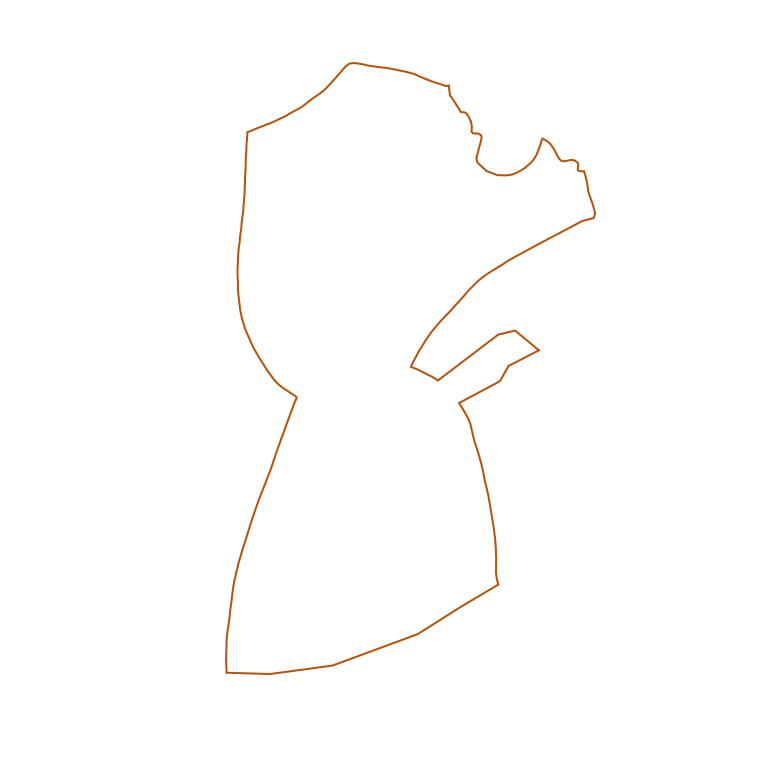 the district of Al Quraishyah, Al Bayda', Yemen, rotated 190°
{"feature_id": "15242507B46472407161282", "entity_name": "Al Quraishyah", "entity_type": "district", "adm_level": 2, "iso_a3": "YEM", "parent_name": "Yemen", "parent_adm1": "Al Bayda'", "projection": "robinson", "projection_center": [44.898, 14.605], "detail": "fine", "context": "isolated", "style": "outline", "palette": "amber", "viewbox_px": 768, "rotation_deg": 190, "n_neighbors": 0, "source": "geoboundaries", "source_scale": "gbopen_adm2", "svg_char_len": 6131}
<svg xmlns="http://www.w3.org/2000/svg" viewBox="0 0 768 768"><g transform="rotate(190 384 384)"><path d="M460.2,695.2L463.9,695.1L466.6,695.1L468.1,695.0L468.1,694.9L468.8,694.9L471.3,694.3L473.5,693.6L475.4,691.7L477.1,689.9L478.5,687.6L480.0,685.0L481.3,682.7L483.2,679.7L484.5,677.5L486.0,675.2L487.4,672.9L488.9,670.5L490.6,667.9L492.1,665.5L493.6,663.5L495.2,661.5L497.2,659.4L499.0,657.6L500.9,655.6L503.0,653.7L505.2,651.4L507.0,649.5L508.6,647.6L510.7,645.2L512.3,643.5L514.4,641.5L516.4,639.9L518.6,638.2L523.3,634.4L525.2,632.8L527.0,631.1L529.1,629.6L531.2,628.1L533.6,626.4L536.3,624.5L541.0,621.3L543.7,619.7L546.1,618.3L548.7,616.6L551.2,615.2L553.3,613.9L555.5,612.5L557.7,611.0L561.0,609.0L562.3,608.4L561.9,606.1L561.7,603.3L561.3,600.1L561.1,597.2L560.8,594.2L560.3,591.5L560.1,589.0L559.7,586.2L559.5,583.4L558.6,577.9L558.2,575.2L557.8,572.5L557.5,569.9L557.1,567.2L556.9,564.2L556.3,561.5L555.0,551.2L554.5,548.4L554.2,545.2L553.8,541.6L553.4,535.9L553.0,532.9L552.7,530.3L552.5,526.4L552.5,523.5L552.2,518.3L551.5,511.6L551.5,508.9L551.3,502.8L550.9,500.2L550.6,491.7L550.3,488.7L550.0,485.4L549.4,481.2L549.2,479.2L548.8,476.6L548.5,474.4L548.5,474.0L548.0,470.9L547.5,467.9L547.0,465.0L545.8,460.0L545.2,457.2L544.7,454.1L544.1,451.1L543.3,448.1L542.6,445.6L541.7,442.8L540.9,439.9L540.0,436.9L539.2,434.4L538.4,431.9L537.3,428.8L536.2,426.1L535.1,423.6L534.0,421.4L532.8,419.1L531.5,416.6L530.4,414.3L527.3,409.5L525.7,407.2L524.1,404.7L522.4,402.1L520.9,400.0L519.5,397.9L517.4,395.3L515.3,392.7L511.5,388.3L509.7,386.3L508.8,385.4L507.3,383.6L505.3,381.5L504.1,380.0L503.5,379.3L502.2,378.0L500.1,375.8L498.1,374.0L494.1,370.1L492.1,368.4L490.2,366.9L488.1,365.6L486.2,364.3L483.9,363.1L481.8,362.2L476.6,359.9L474.3,358.9L471.8,357.8L469.2,356.7L467.6,355.6L467.8,354.7L468.0,353.3L468.3,352.4L468.7,350.9L469.4,347.5L469.5,346.6L469.8,345.3L470.3,342.6L470.8,339.5L471.4,336.5L471.9,333.4L472.4,330.7L473.6,324.0L474.6,317.9L475.1,315.4L475.7,312.8L476.1,309.8L476.1,309.6L476.6,306.7L477.0,304.5L477.2,303.7L477.7,300.0L478.3,296.8L478.6,294.5L479.1,291.1L479.7,287.4L480.0,284.8L481.2,277.8L482.5,271.7L483.0,268.8L483.5,265.9L484.1,263.3L484.7,260.4L485.3,257.2L485.6,256.1L485.7,255.4L486.0,254.5L486.5,251.5L486.7,250.8L487.5,246.2L488.1,242.6L488.7,239.0L489.1,236.2L489.6,233.0L490.1,230.0L490.5,227.2L491.0,224.0L491.4,220.9L492.2,214.2L492.5,211.6L493.3,205.7L493.7,202.8L494.5,197.1L495.0,193.4L495.2,190.4L495.6,187.3L495.9,184.5L496.3,181.5L496.3,178.8L496.5,176.3L496.8,173.4L496.9,170.8L496.9,167.9L497.2,164.4L497.2,159.1L497.0,152.2L496.8,149.0L496.6,145.8L496.4,142.2L496.2,135.2L495.7,128.7L495.4,122.8L495.3,120.0L495.2,117.1L495.2,114.5L495.1,111.7L494.8,108.7L494.6,105.7L494.2,102.3L493.7,99.2L492.8,93.1L492.4,90.3L492.0,87.7L491.5,84.2L490.8,80.9L490.1,78.0L489.4,75.0L489.1,72.3L445.8,78.6L385.8,97.8L307.3,143.6L269.1,178.4L236.5,206.4L236.7,206.9L238.1,209.4L239.3,212.2L240.1,214.9L240.9,217.3L241.4,220.3L241.8,222.9L242.3,225.6L242.8,228.5L243.2,231.3L243.7,233.9L244.4,236.8L244.9,239.5L245.5,242.2L246.3,245.4L247.0,248.1L247.8,251.2L248.6,253.7L250.4,259.4L251.1,261.8L252.2,264.9L253.1,267.5L254.0,270.1L254.9,272.5L255.7,275.0L256.8,277.9L257.6,280.5L258.6,283.2L259.6,286.0L261.5,291.1L262.4,293.5L264.7,298.9L265.8,301.4L266.9,303.9L267.9,306.2L268.9,308.6L269.8,311.2L271.9,316.7L272.9,319.0L274.0,321.6L275.1,323.9L276.4,326.6L277.6,329.1L278.7,331.3L280.0,333.9L281.2,336.4L282.6,339.0L284.7,342.7L285.1,343.6L286.3,346.2L287.4,348.8L288.6,351.5L290.7,356.5L291.4,358.1L291.7,358.9L292.9,361.1L294.2,363.3L295.9,365.5L297.5,367.6L299.5,370.0L301.4,372.3L303.4,374.6L305.1,376.4L306.8,378.3L272.3,405.3L270.1,407.5L264.6,423.3L237.3,444.1L264.3,459.4L280.2,452.4L296.4,434.8L331.5,396.8L332.1,397.1L334.7,398.2L337.2,399.2L339.8,400.0L342.9,400.9L347.9,402.5L350.3,403.2L352.5,403.8L354.8,404.4L357.7,405.0L360.0,405.4L360.5,405.6L360.4,406.0L359.7,408.8L358.9,411.5L357.9,414.6L357.0,417.1L356.2,419.8L355.3,422.4L353.3,427.3L352.2,430.0L351.2,432.8L350.0,435.4L348.8,438.3L347.5,441.0L346.2,443.6L344.7,446.3L343.2,449.0L341.8,451.4L338.9,456.3L337.2,458.6L335.8,460.8L332.8,465.2L331.2,467.7L329.8,470.0L328.0,472.9L326.0,476.0L325.0,477.4L323.8,479.5L322.2,482.0L320.5,484.8L319.0,487.2L317.4,490.0L316.1,492.1L314.5,494.4L311.1,499.3L309.6,501.3L308.0,503.3L306.2,505.4L304.3,507.3L302.0,509.7L299.6,512.0L297.1,514.3L294.9,516.1L292.7,518.2L290.6,520.0L288.1,522.1L286.2,524.1L284.4,525.8L282.6,527.5L280.7,529.0L278.8,530.5L278.3,531.0L254.6,549.8L217.1,578.9L206.3,583.9L205.7,588.6L209.2,596.3L216.6,609.5L216.7,610.6L217.5,613.1L219.2,618.1L220.6,621.3L221.8,624.0L223.2,626.8L224.0,628.3L224.7,628.0L229.0,627.6L230.4,628.6L230.7,631.3L230.7,633.2L231.3,635.4L235.6,637.4L235.8,637.4L238.3,637.2L240.6,636.5L243.2,635.2L245.6,634.6L248.0,634.5L250.2,635.9L251.9,637.7L253.6,639.8L255.0,641.8L256.5,643.7L258.4,645.8L260.5,648.0L262.5,649.7L264.4,651.0L266.7,652.0L269.1,652.7L270.7,653.2L270.7,652.8L271.2,650.2L271.5,647.5L271.7,646.4L271.9,644.9L272.0,644.4L272.5,641.6L273.0,639.0L273.6,636.2L274.7,633.4L275.6,631.0L277.1,628.6L278.9,625.9L280.4,624.2L282.4,621.7L284.1,620.0L286.2,618.2L288.2,616.5L290.1,615.1L292.1,613.8L294.2,612.6L296.4,611.7L298.7,611.0L300.9,610.5L303.5,610.1L305.2,610.0L308.3,609.3L319.9,611.5L330.5,618.3L332.2,622.3L331.6,630.9L330.7,640.9L330.7,643.9L331.6,645.7L332.6,646.2L334.4,647.0L336.0,647.0L337.3,646.4L339.9,646.4L341.7,647.9L342.1,652.5L344.1,658.0L345.0,658.7L346.3,661.0L347.6,662.5L348.7,663.5L349.8,664.8L350.7,665.3L352.8,665.6L354.0,665.2L354.5,665.0L355.9,665.4L356.8,666.8L367.4,678.2L369.1,679.4L372.0,689.2L373.4,688.5L375.4,688.3L376.1,688.3L378.8,688.8L381.1,689.2L383.9,689.5L386.3,689.8L389.0,690.2L391.5,690.7L393.8,691.3L393.7,691.1L396.4,691.7L399.1,692.3L401.4,692.7L403.7,693.4L406.0,694.0L408.3,694.5L410.7,694.8L413.0,694.9L415.3,695.2L417.6,695.3L417.8,695.3L425.5,695.5L427.8,695.6L430.1,695.6L432.6,695.7L435.4,695.7L438.2,695.6L440.6,695.4L443.3,695.3L446.1,695.1L448.7,695.1L451.0,694.9L453.4,694.9L456.5,694.9L460.2,695.2Z" fill="none" stroke="#b45309" stroke-width="2"/></g></svg>